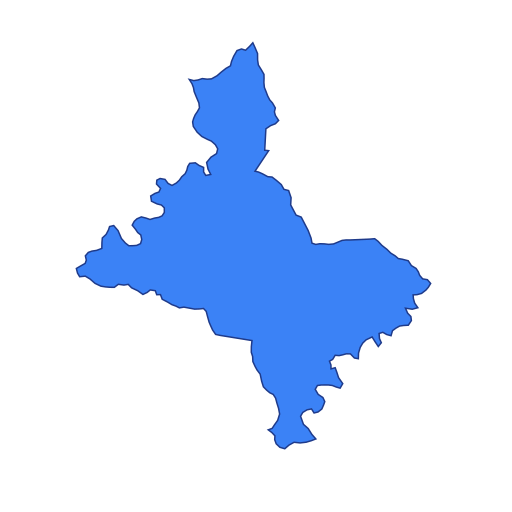 Faxinal dos Guedes, Santa Catarina, Brazil (orthographic projection), rotated 317°
{"feature_id": "56859067B8345863694460", "entity_name": "Faxinal dos Guedes", "entity_type": "district", "adm_level": 2, "iso_a3": "BRA", "parent_name": "Brazil", "parent_adm1": "Santa Catarina", "projection": "orthographic", "projection_center": [-52.248, -26.844], "detail": "fine", "context": "isolated", "style": "filled", "palette": "blue", "viewbox_px": 512, "rotation_deg": 317, "n_neighbors": 0, "source": "geoboundaries", "source_scale": "gbopen_adm2", "svg_char_len": 3785}
<svg xmlns="http://www.w3.org/2000/svg" viewBox="0 0 512 512"><g transform="rotate(317 256 256)"><path d="M327.6,81.4L326.7,86.3L325.1,90.2L322.9,93.6L320.9,98.8L318.6,105.1L315.7,109.1L311.7,110.4L307.8,111.3L304.3,112.8L301.1,114.7L298.5,118.5L297.4,125.4L297.9,131.7L300.0,137.5L301.7,141.5L302.2,146.9L301.1,151.5L297.0,154.2L290.5,153.0L283.7,153.9L280.2,159.7L278.5,165.5L274.2,162.8L275.0,158.8L278.1,155.5L276.1,150.9L275.2,146.5L270.7,143.0L267.1,144.0L263.9,146.1L260.3,147.5L255.7,147.4L251.6,148.3L247.5,148.3L242.7,147.1L241.2,143.0L241.7,137.9L238.7,133.9L235.2,132.9L232.3,135.5L232.3,141.5L228.6,143.0L224.8,141.3L219.9,140.3L216.9,144.7L219.2,150.5L221.6,154.2L221.8,158.2L218.7,161.6L214.7,162.6L211.2,161.4L207.7,159.1L203.4,157.0L201.4,153.2L198.8,149.2L194.3,147.6L190.6,147.6L186.5,149.0L186.1,154.3L185.5,158.2L186.1,162.0L183.7,166.0L180.0,168.2L176.0,166.9L173.0,164.5L170.0,161.8L169.3,157.4L169.5,151.4L172.4,143.4L172.7,136.7L169.0,134.6L165.9,136.3L161.1,138.0L155.9,138.0L152.7,140.9L148.4,145.3L143.3,143.2L139.3,140.5L135.8,139.0L131.3,139.5L129.1,143.3L126.0,144.9L120.6,143.6L116.1,142.6L113.8,146.8L112.9,150.9L117.4,154.3L118.9,159.5L119.6,166.2L122.0,172.3L124.9,176.0L127.8,179.2L131.0,182.3L136.0,182.8L139.6,187.2L143.2,189.6L143.3,194.4L145.8,200.7L147.1,207.0L151.5,208.4L155.5,208.7L158.7,212.7L157.0,216.6L159.8,219.1L157.9,223.7L160.0,229.6L161.3,234.2L163.3,238.1L164.6,241.7L168.4,244.2L172.1,249.2L174.9,253.0L178.5,256.1L181.8,258.6L181.8,262.6L179.4,267.0L176.6,272.4L175.3,276.0L173.8,280.5L173.0,285.8L175.7,289.7L195.4,315.1L190.8,319.1L186.9,323.2L185.0,327.2L181.7,331.1L180.0,336.2L179.0,340.2L178.5,345.2L174.7,351.5L172.2,356.7L172.3,361.3L172.8,365.4L174.2,369.0L173.4,373.3L171.1,377.6L168.6,382.8L165.5,387.7L159.7,391.0L154.3,392.1L150.3,393.1L146.4,391.5L147.2,396.0L147.2,400.4L144.4,403.1L142.7,407.1L143.0,412.2L145.6,416.6L151.2,416.8L156.8,418.2L160.8,422.8L165.7,426.4L170.5,428.8L175.0,430.6L175.2,424.5L176.5,417.8L175.9,411.5L179.3,403.6L183.5,402.3L188.4,403.3L192.3,405.7L191.4,410.4L195.0,412.4L199.8,412.8L203.7,411.1L207.0,409.4L208.4,405.2L207.1,399.6L208.4,393.9L212.6,392.6L215.7,394.8L218.3,397.2L220.9,399.6L223.5,402.7L225.3,406.5L227.4,410.0L232.4,408.5L233.4,401.3L235.8,396.2L237.7,391.7L233.9,389.7L236.5,386.8L238.0,383.0L241.5,383.9L246.2,382.6L248.8,385.5L252.0,387.4L255.3,389.1L258.3,392.0L258.4,397.7L260.8,400.9L264.8,396.9L269.9,393.9L274.6,392.5L279.4,392.4L285.7,394.4L284.6,400.0L283.7,405.6L288.5,404.9L290.0,400.6L293.2,396.6L296.7,398.3L298.0,402.5L300.4,406.4L304.9,403.7L309.2,404.2L313.3,405.2L316.6,407.5L320.2,410.5L325.6,409.2L328.0,405.9L327.9,401.3L329.7,396.1L334.0,401.5L339.1,404.2L339.9,398.7L342.0,394.6L344.4,391.6L347.4,394.1L351.6,396.3L357.1,396.8L360.7,396.4L365.0,395.2L365.2,390.2L362.3,386.4L362.5,381.8L363.9,378.3L364.6,374.3L363.1,369.0L364.1,363.3L360.7,358.0L358.3,354.9L357.9,350.9L356.5,345.7L356.3,340.4L355.3,334.1L355.3,328.5L354.6,324.3L350.2,320.8L335.7,308.4L332.7,305.6L329.6,303.3L321.0,300.1L317.1,297.1L314.3,293.8L311.1,290.6L307.6,288.3L305.7,284.8L308.5,280.4L311.5,273.0L315.6,258.4L313.2,253.4L316.2,242.3L321.4,237.3L324.5,230.4L321.9,226.3L323.2,221.0L322.5,214.7L321.6,209.2L318.7,206.0L316.8,200.3L315.1,196.3L313.1,193.3L337.1,187.6L334.5,184.6L350.0,169.7L355.6,170.6L360.4,172.5L365.0,172.3L366.0,166.5L367.8,163.1L371.1,160.9L372.4,155.4L372.5,151.2L373.7,146.9L375.4,142.8L377.1,138.4L380.1,134.5L382.9,131.7L385.7,128.6L386.8,123.9L388.0,117.9L390.8,113.8L395.2,109.0L397.3,103.3L399.1,97.9L394.3,98.3L388.7,98.4L386.6,94.7L382.2,92.8L375.9,94.7L370.8,97.0L367.0,99.5L362.0,98.3L356.1,97.8L350.4,97.6L344.3,96.1L340.9,93.4L337.7,89.6L333.6,87.7L330.1,85.3L327.6,81.4Z" fill="#3b82f6" stroke="#1e3a8a" stroke-width="1.5"/></g></svg>